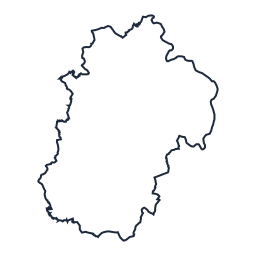 Huautla, Hidalgo, Mexico (orthographic projection)
{"feature_id": "50627088B43325373154771", "entity_name": "Huautla", "entity_type": "district", "adm_level": 2, "iso_a3": "MEX", "parent_name": "Mexico", "parent_adm1": "Hidalgo", "projection": "orthographic", "projection_center": [-98.258, 21.039], "detail": "fine", "context": "isolated", "style": "outline", "palette": "slate", "viewbox_px": 256, "rotation_deg": 0, "n_neighbors": 0, "source": "geoboundaries", "source_scale": "gbopen_adm2", "svg_char_len": 5663}
<svg xmlns="http://www.w3.org/2000/svg" viewBox="0 0 256 256"><path d="M62.5,221.4L63.8,220.7L64.1,220.1L66.5,220.4L66.7,219.8L67.5,221.7L67.9,220.5L72.8,218.6L73.0,219.5L72.5,219.9L73.1,220.6L73.1,221.2L72.3,221.1L72.2,221.7L73.1,222.5L74.2,222.6L74.8,222.1L77.3,222.2L79.8,225.7L79.8,229.5L81.9,232.6L85.6,231.8L88.4,232.7L92.1,233.4L92.6,234.1L93.3,233.8L94.0,235.2L94.7,235.1L95.3,236.0L95.9,236.3L97.0,236.2L98.0,237.0L98.6,236.0L101.5,233.2L102.8,232.5L106.6,231.5L109.1,231.4L114.3,232.3L116.5,232.5L117.8,232.2L120.0,237.1L121.7,239.0L123.4,240.5L124.0,240.6L126.2,239.8L129.9,236.9L133.7,236.1L134.1,234.7L133.8,234.7L133.5,234.0L133.6,232.3L135.2,229.2L135.3,227.8L135.9,226.0L139.4,222.7L140.3,222.3L141.0,218.3L140.7,217.4L143.0,213.0L142.2,212.5L142.0,211.9L141.8,210.3L141.8,209.5L142.1,209.1L143.5,207.9L144.5,207.7L147.4,209.9L148.3,211.4L150.6,213.0L152.4,213.6L153.5,214.5L153.9,212.8L155.1,211.1L155.2,207.7L155.9,204.5L159.6,200.0L159.2,199.6L157.3,199.3L159.4,196.4L158.2,194.9L157.8,194.9L157.1,194.3L156.0,193.9L152.7,193.4L152.9,191.2L154.0,190.5L154.4,189.5L155.1,188.6L155.4,187.4L154.9,187.0L156.1,184.0L156.1,183.4L155.6,182.3L155.6,181.0L154.5,177.5L167.9,172.4L168.3,171.7L168.5,169.6L168.9,168.0L168.4,166.6L168.1,166.5L168.4,165.7L167.3,164.0L167.3,162.2L166.6,161.8L166.6,160.9L166.9,160.3L166.6,159.5L166.7,158.6L166.1,158.3L166.0,157.8L166.6,155.4L167.0,154.6L168.8,153.8L169.1,153.0L170.2,152.1L171.3,150.5L172.3,150.1L174.1,149.9L175.5,149.0L178.8,148.8L178.4,147.5L178.6,146.8L179.1,146.2L179.1,145.8L178.5,144.9L178.2,143.4L177.4,141.4L176.9,140.8L178.9,137.2L179.0,136.3L179.4,135.8L182.2,136.8L184.7,137.1L186.0,140.0L186.3,142.0L186.7,143.0L190.6,145.9L192.4,146.5L193.7,146.5L196.2,144.3L198.5,144.2L199.3,145.0L201.4,148.8L202.2,149.4L202.9,149.4L204.4,148.3L205.1,147.1L205.0,145.1L203.8,142.8L203.3,138.8L205.1,135.9L206.0,134.9L209.8,133.7L211.3,130.3L212.3,126.5L213.1,124.7L213.9,120.8L214.4,119.9L214.5,114.6L213.0,109.1L211.0,103.9L210.8,102.4L210.9,101.0L211.7,99.6L213.6,98.9L215.9,95.7L217.5,90.5L217.6,88.6L216.5,85.5L215.3,83.0L214.2,81.6L213.6,81.2L212.3,81.3L211.8,81.1L209.8,78.7L208.1,77.3L201.7,72.9L199.4,72.3L195.6,70.3L194.3,67.2L193.4,63.6L192.3,61.1L191.3,60.8L188.6,60.9L186.4,60.3L185.4,59.7L185.0,59.2L184.0,56.9L181.2,56.3L178.0,56.3L176.4,57.3L176.3,57.7L173.8,59.1L171.1,59.8L168.0,61.3L166.9,61.0L166.0,58.7L166.3,56.2L168.9,51.3L169.9,50.3L170.7,50.5L172.0,49.9L172.5,49.3L173.0,48.5L173.0,46.7L172.5,45.5L171.3,44.1L169.0,43.6L162.9,40.3L161.5,38.4L160.9,37.1L161.0,36.3L162.3,35.2L164.5,31.8L163.7,29.0L162.2,26.9L160.9,24.1L160.4,23.8L157.0,22.6L154.1,23.3L153.4,23.2L152.7,22.4L151.6,20.2L151.8,19.4L152.5,18.3L153.6,17.7L153.9,17.0L153.9,16.4L152.7,15.6L151.9,15.4L149.4,15.6L148.3,15.8L145.9,17.2L142.9,16.7L141.2,21.5L140.2,22.9L139.2,22.6L138.9,22.8L139.5,24.4L139.3,24.7L138.6,24.7L138.0,24.0L136.5,24.3L136.6,24.9L137.5,26.4L136.9,26.5L135.5,25.8L134.0,23.8L132.8,26.1L132.8,27.2L132.6,27.8L131.7,29.1L128.8,30.3L128.8,31.2L127.8,31.7L127.1,32.5L126.4,32.3L125.6,32.5L125.7,34.1L126.2,34.9L122.6,37.7L121.2,36.3L120.8,36.5L115.2,33.2L110.6,26.8L108.1,26.0L105.6,27.0L104.1,28.0L101.6,27.8L98.0,29.3L94.8,30.2L91.8,30.7L91.9,31.8L92.9,33.0L93.5,34.6L94.5,39.6L94.4,40.3L93.9,40.8L92.5,43.5L91.4,43.7L91.7,44.2L90.7,46.0L90.1,46.7L88.8,47.2L86.7,47.0L83.8,47.4L82.5,48.5L82.5,48.8L83.3,52.1L82.1,55.7L82.3,58.0L82.6,58.2L83.4,58.2L84.0,58.8L84.9,61.4L84.1,63.5L82.0,65.0L81.8,65.6L85.5,69.4L86.6,69.8L87.4,70.6L88.9,72.9L88.4,73.9L87.0,74.3L82.3,74.3L81.2,73.8L80.9,73.4L80.0,74.1L79.5,74.1L79.2,74.5L78.9,74.9L79.6,75.7L78.1,76.8L78.0,76.3L76.4,77.5L76.0,77.2L75.9,77.8L72.7,75.1L73.3,74.3L72.8,73.9L73.5,73.4L73.0,72.9L73.7,72.4L73.4,72.2L73.8,71.6L72.9,71.4L73.3,71.1L73.0,70.7L72.5,71.2L70.4,72.2L70.2,72.8L69.3,71.9L68.9,72.9L67.4,74.5L64.0,76.2L61.4,76.7L59.6,78.5L61.6,78.3L60.7,79.6L61.8,81.3L65.1,83.0L65.4,83.8L65.8,85.7L66.6,86.4L67.1,87.8L66.9,88.5L67.2,89.0L69.4,89.7L71.2,91.6L72.7,93.9L70.5,97.4L71.4,98.7L70.4,99.0L71.3,100.7L71.1,101.8L70.1,105.0L69.6,105.5L69.2,105.4L68.9,105.7L68.5,105.7L69.2,106.2L69.1,108.0L68.5,108.5L68.3,110.4L67.1,112.5L69.0,118.3L68.3,118.3L68.1,119.6L67.2,119.5L67.1,120.0L66.5,120.0L66.0,121.2L65.7,121.3L65.8,121.6L64.2,121.8L63.0,121.2L62.5,120.7L62.2,120.9L61.7,120.4L60.9,121.2L59.9,120.5L59.4,121.2L58.6,120.8L58.4,121.1L57.9,120.8L57.9,121.1L58.7,121.3L57.0,121.7L56.9,123.6L56.3,126.2L56.8,128.2L56.6,128.2L58.6,130.2L58.5,130.5L58.6,131.1L59.3,131.3L59.4,131.6L59.6,132.1L59.2,132.2L59.0,133.0L59.5,134.0L59.2,134.2L59.3,136.4L60.5,137.6L60.9,139.3L57.0,140.1L56.9,142.0L57.8,144.6L58.4,148.4L58.3,150.7L57.6,152.4L57.9,153.2L57.5,154.3L56.1,155.6L55.5,155.7L55.3,155.3L55.4,157.4L54.8,157.8L56.4,160.8L54.9,162.2L53.9,162.6L52.3,162.3L51.3,162.8L51.1,163.9L46.8,164.9L45.8,165.9L47.2,167.7L47.5,169.0L47.4,169.8L46.8,170.2L46.4,171.2L45.0,173.3L44.3,173.5L43.3,174.3L42.0,174.5L41.1,175.2L40.8,177.3L40.3,178.3L38.9,179.7L38.5,180.6L38.4,181.5L38.9,182.2L42.1,184.3L44.2,189.2L45.2,190.8L45.3,191.3L44.7,193.6L44.7,194.9L45.5,198.2L46.4,199.8L47.5,200.4L47.7,201.6L48.4,202.7L49.0,202.5L50.4,205.6L50.2,206.5L51.3,208.2L51.0,208.4L51.4,209.1L49.2,209.3L49.3,208.0L49.0,207.9L48.0,208.3L48.0,207.9L47.1,208.7L46.8,208.6L46.9,209.3L47.2,209.2L47.5,210.1L47.2,210.9L48.9,212.6L48.7,213.6L49.2,214.0L49.7,213.3L50.1,213.2L49.2,214.5L49.5,215.3L50.3,215.0L50.7,215.4L50.7,215.8L51.6,216.4L51.7,217.3L52.3,218.1L52.9,217.9L53.4,218.8L53.9,218.6L54.3,218.1L55.6,218.6L56.3,218.0L56.9,218.6L57.0,219.4L58.5,220.1L58.2,220.8L59.0,220.3L60.4,220.3L61.5,220.8L61.8,220.7L62.5,221.4Z" fill="none" stroke="#1e293b" stroke-width="2"/></svg>